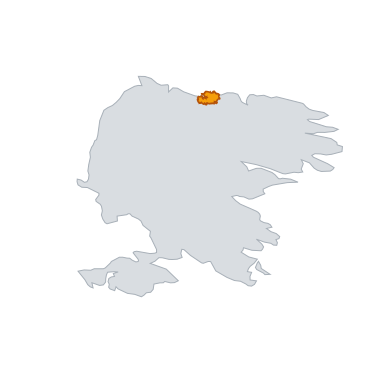 Dungarvan Lea-6, Waterford, Ireland shown in context, rotated 207°
{"feature_id": "5873133B99301396189175", "entity_name": "Dungarvan Lea-6", "entity_type": "district", "adm_level": 2, "iso_a3": "IRL", "parent_name": "Ireland", "parent_adm1": "Waterford", "projection": "robinson", "projection_center": [-7.659, 52.063], "detail": "fine", "context": "in_parent", "style": "filled", "palette": "amber", "viewbox_px": 384, "rotation_deg": 207, "n_neighbors": 0, "source": "geoboundaries", "source_scale": "gbopen_adm2", "svg_char_len": 8049}
<svg xmlns="http://www.w3.org/2000/svg" viewBox="0 0 384 384"><g transform="rotate(207 192 192)"><path d="M244.3,79.2L236.1,83.4L234.8,85.0L232.5,91.6L232.3,93.5L227.1,100.9L224.2,102.4L219.9,103.6L217.4,104.7L214.3,104.1L210.3,104.2L208.4,105.6L208.5,106.6L209.6,107.7L216.9,111.1L216.5,112.5L214.4,114.1L201.4,118.1L197.5,120.5L196.1,122.0L197.5,124.7L207.9,132.6L209.7,133.5L211.2,138.1L220.4,140.0L224.2,142.9L227.5,143.6L234.5,143.3L237.4,144.4L239.0,143.6L239.9,142.1L247.8,136.5L245.3,132.3L253.3,125.1L255.5,125.2L259.2,127.4L262.3,130.4L263.3,134.5L266.2,138.2L268.1,139.4L273.2,140.1L274.4,141.6L273.5,146.9L274.3,148.6L287.2,148.5L292.4,146.2L296.8,146.6L299.1,149.0L300.1,151.4L296.2,152.3L292.2,151.8L290.2,153.5L290.1,156.5L291.5,160.5L294.3,163.4L296.5,169.7L298.3,176.8L301.1,181.0L301.8,186.3L301.4,188.9L301.9,193.6L300.8,195.3L301.7,199.7L306.6,213.8L307.6,224.8L305.3,229.0L302.2,232.9L300.2,237.6L298.7,242.6L297.8,250.7L291.1,260.2L288.2,262.6L284.9,264.0L292.3,270.7L286.3,273.6L279.8,274.6L272.5,272.9L268.0,273.1L262.3,276.6L261.0,275.9L258.3,270.5L256.3,276.1L252.1,277.9L245.0,277.5L233.1,279.0L228.5,280.6L226.6,283.1L225.1,286.0L223.3,287.8L221.2,288.7L211.9,290.8L210.1,291.6L205.8,296.3L200.2,299.0L195.6,299.8L191.5,297.1L189.8,295.5L187.9,294.7L181.5,294.8L183.5,295.6L184.8,297.5L185.4,301.2L184.7,304.8L181.6,306.7L177.8,307.0L171.9,310.8L164.1,311.8L159.9,315.2L134.1,321.1L132.6,321.1L129.1,319.7L125.2,319.0L121.4,319.5L110.5,322.7L105.3,322.1L112.1,314.0L121.1,309.9L122.0,308.8L119.1,308.2L102.0,311.1L96.1,313.5L90.2,314.2L93.0,310.5L100.7,305.4L107.3,302.1L110.2,299.1L118.2,295.7L92.3,302.7L85.5,301.9L84.0,299.9L78.6,300.8L76.7,296.1L84.7,289.0L89.3,285.9L94.7,284.3L99.9,281.9L101.9,279.0L99.5,278.1L83.9,278.8L76.4,278.2L76.8,275.9L78.3,273.4L86.1,269.0L90.3,268.3L94.0,268.7L100.6,271.3L109.3,270.4L105.7,267.7L105.1,262.0L102.4,260.1L106.0,257.5L110.1,255.9L117.0,250.5L119.4,249.6L133.0,248.3L147.5,245.5L162.0,241.5L154.6,239.3L151.1,236.4L145.4,242.3L141.2,244.5L129.6,245.7L126.0,245.1L120.9,243.2L119.2,243.9L117.7,245.3L110.0,248.2L102.0,248.9L111.4,243.6L123.4,234.7L126.1,231.8L129.9,226.9L128.7,224.7L126.3,223.5L135.0,213.4L138.0,211.5L143.5,211.2L147.6,209.6L149.4,209.6L151.0,209.0L154.5,206.0L149.1,204.1L143.5,203.1L126.1,204.1L123.8,203.9L121.6,203.0L120.2,201.6L119.2,198.2L118.0,197.4L114.0,197.4L110.2,198.5L107.5,198.4L104.8,196.9L109.1,193.3L103.7,192.5L98.1,193.2L93.6,192.1L93.4,189.9L95.6,187.7L92.9,185.6L92.3,183.0L95.3,181.7L98.4,182.1L104.9,180.2L113.2,179.2L106.1,177.3L103.3,175.6L103.2,173.1L103.8,171.0L112.1,167.3L120.8,165.7L120.2,163.3L120.9,160.7L112.0,159.9L103.3,161.8L104.3,156.8L106.4,152.3L106.9,149.3L106.5,146.2L102.4,147.5L102.0,143.1L100.3,140.0L94.2,142.1L94.4,138.1L96.2,135.2L99.4,134.0L102.5,134.5L108.3,134.5L114.0,132.4L122.1,131.8L135.0,132.5L143.8,138.5L146.1,137.4L149.6,133.6L151.3,133.2L164.6,134.8L172.9,137.0L175.1,136.3L174.0,132.1L171.1,129.2L174.7,125.4L179.1,122.8L182.0,121.5L188.7,119.9L191.7,118.4L193.6,113.5L196.8,109.4L179.9,111.6L163.9,106.7L166.5,103.3L169.9,101.3L175.7,99.9L176.3,98.1L179.2,96.6L184.1,92.7L182.4,87.6L183.3,83.9L186.9,81.5L188.0,78.2L189.5,75.7L196.6,74.8L203.5,72.4L214.0,72.1L216.7,73.1L216.1,69.0L221.0,68.4L223.0,69.3L223.8,72.2L226.1,74.0L226.8,77.2L225.3,79.7L222.7,81.6L225.1,83.6L221.5,87.2L225.3,85.6L230.8,82.2L230.6,79.3L229.6,75.8L228.1,72.5L228.8,69.0L231.9,66.8L240.0,65.7L236.6,61.6L239.6,61.3L242.8,62.1L247.6,65.2L257.6,69.7L252.7,73.6L246.7,76.3L244.3,79.2ZM101.6,158.4L101.3,160.4L97.5,157.9L95.6,155.3L85.0,154.1L89.5,151.5L91.6,152.2L99.1,152.3L101.2,153.5L101.6,158.4Z" fill="#d9dde1" stroke="#a8b0b8" stroke-width="1"/><path d="M211.7,290.4L211.8,290.3L212.3,290.4L212.3,290.6L212.2,291.1L212.4,291.3L212.8,291.3L213.0,291.4L213.3,291.4L213.9,291.2L214.2,291.2L214.2,290.9L214.3,290.7L214.5,290.7L215.3,290.5L215.6,290.6L215.8,290.7L215.9,290.8L215.9,291.0L216.2,291.0L216.3,291.3L216.7,291.3L216.8,291.4L217.2,291.4L217.3,291.5L217.4,291.4L217.6,291.4L217.7,291.2L217.8,291.3L218.0,291.3L218.4,291.2L218.6,291.1L218.6,291.3L218.7,291.2L218.7,291.3L218.8,291.2L218.9,290.9L218.6,290.8L218.4,290.7L218.2,290.7L218.3,290.0L218.6,290.0L218.8,289.9L218.7,289.9L218.8,289.8L218.7,289.7L218.8,289.5L219.2,289.2L219.6,289.0L219.9,288.9L220.3,288.9L220.4,289.0L220.4,288.9L221.0,289.0L221.1,288.9L221.2,289.0L221.2,288.9L221.7,288.9L221.8,288.8L222.0,288.7L222.2,288.8L222.5,288.8L222.7,288.7L222.8,288.7L223.3,288.6L223.6,288.5L223.8,288.5L224.0,288.4L224.1,288.2L224.3,288.3L224.2,288.2L224.3,288.1L224.5,288.1L224.8,288.1L225.1,287.8L225.3,287.9L225.5,287.7L225.5,287.2L225.7,286.9L225.8,286.7L225.7,286.6L225.4,286.0L225.5,285.8L225.6,285.7L225.9,285.7L225.9,285.4L225.8,285.2L226.1,284.8L226.3,284.7L226.7,284.5L226.7,284.4L227.4,284.3L227.5,284.1L227.8,284.0L227.7,283.9L227.8,283.9L228.0,283.8L228.0,283.7L227.9,283.6L227.7,283.6L227.2,283.6L226.7,283.8L226.4,283.8L226.5,283.8L226.4,283.9L226.1,283.8L225.9,283.9L225.2,283.8L224.8,283.4L224.5,283.3L224.4,283.0L224.1,281.8L224.0,281.5L224.0,281.8L224.1,282.0L224.3,282.7L224.3,282.9L224.3,283.0L224.2,283.0L224.3,283.1L224.2,283.0L224.1,282.9L224.1,283.0L223.9,283.0L223.7,283.1L223.5,282.9L223.4,283.0L223.1,283.1L222.9,283.0L222.6,283.2L222.5,283.3L222.5,283.2L222.4,283.1L222.2,283.1L222.3,283.0L222.0,283.0L221.9,283.1L222.0,283.0L221.9,282.8L222.0,282.8L221.9,282.8L222.0,282.7L221.8,282.7L221.6,282.6L221.4,282.8L221.2,282.8L221.1,282.7L221.4,282.8L221.6,282.6L221.8,282.6L222.0,282.7L221.9,282.8L222.0,282.8L222.5,283.0L222.7,282.8L222.8,282.8L223.1,282.8L222.8,282.5L222.9,282.4L222.7,282.1L222.9,282.2L223.0,282.1L222.8,282.1L222.7,281.9L222.9,281.6L223.2,281.6L223.4,281.8L223.5,281.5L224.0,281.4L224.4,281.2L224.8,281.1L224.8,280.9L225.2,280.7L224.9,280.8L225.4,280.5L225.3,280.4L225.0,280.4L224.9,280.3L225.1,280.3L225.0,280.2L224.9,280.3L224.8,280.1L225.0,280.1L225.2,280.3L225.3,280.3L225.4,280.1L225.5,280.0L225.4,280.2L225.4,280.5L225.5,280.6L225.3,280.7L225.5,280.6L225.7,280.8L226.0,281.1L226.2,281.3L226.2,281.5L226.3,281.8L226.7,281.9L227.0,282.0L227.2,281.9L227.2,281.7L227.4,281.6L227.3,281.4L227.5,280.9L228.0,280.5L228.3,280.4L228.9,280.1L229.3,280.2L229.4,279.9L229.3,279.7L229.5,279.6L229.2,279.3L228.9,279.2L229.1,279.2L229.3,278.9L229.6,278.6L229.4,278.5L229.2,278.4L229.3,278.3L229.3,278.1L229.2,278.0L228.9,277.8L228.7,277.6L228.8,277.5L228.6,277.4L228.8,277.2L228.5,277.1L228.3,276.9L228.4,276.7L228.9,276.6L228.6,276.2L228.4,275.8L228.2,275.7L227.7,275.6L227.5,275.4L227.4,275.1L227.2,275.0L226.9,274.9L226.1,275.1L225.4,275.4L225.0,275.2L225.2,274.7L224.7,275.0L224.7,275.3L224.2,276.2L223.7,275.9L223.5,275.7L223.4,275.6L223.2,275.6L222.8,275.7L222.3,275.6L221.9,275.4L221.6,275.6L221.3,275.6L221.2,275.7L221.2,275.9L221.3,276.0L221.4,276.3L221.4,276.6L221.3,276.8L221.2,276.8L221.1,277.0L220.4,276.6L220.1,276.4L219.9,276.2L219.7,276.0L219.3,276.4L218.8,276.4L218.9,276.8L218.8,277.1L218.7,277.1L218.8,277.4L219.3,277.7L219.1,278.3L218.6,278.4L218.2,278.1L217.1,278.3L217.2,278.5L216.9,278.6L216.6,278.5L216.4,278.8L216.2,278.8L215.9,279.0L215.7,279.2L215.8,279.2L215.8,279.3L215.6,279.4L215.6,279.5L215.4,279.6L215.3,279.4L215.2,279.5L215.1,279.4L214.9,279.5L214.9,279.8L214.5,279.9L214.5,280.0L214.2,280.1L213.9,280.2L213.7,280.3L213.4,280.2L213.5,280.3L213.4,280.3L213.3,280.7L213.2,280.8L213.3,281.0L213.2,281.1L212.7,281.1L212.6,281.3L212.5,281.2L212.5,281.3L212.4,281.3L212.4,281.8L212.3,282.2L212.7,282.3L212.9,282.7L213.0,282.8L212.7,282.9L212.4,282.8L212.4,282.7L212.3,282.8L212.1,282.6L211.6,282.4L211.2,282.1L210.8,282.1L210.9,281.9L210.6,281.9L210.5,282.2L210.2,282.7L210.1,282.9L210.2,283.1L210.4,283.4L211.0,283.6L211.3,283.9L211.4,284.0L211.3,284.3L211.4,284.6L211.2,285.2L211.3,285.6L211.0,285.9L211.0,286.3L210.7,287.0L210.5,287.3L210.3,287.3L209.8,287.3L209.6,287.4L209.6,287.6L209.7,288.0L210.0,288.3L210.3,288.4L210.8,288.4L210.9,288.5L211.2,288.8L211.5,289.2L211.6,289.5L211.7,290.4ZM228.0,283.6L227.9,283.6L228.0,283.6Z" fill="#f59e0b" stroke="#b45309" stroke-width="1.5"/></g></svg>